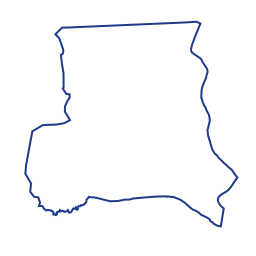 Fond D'Or, Dennery, Saint Lucia, rotated 86°
{"feature_id": "8701671B83706236309505", "entity_name": "Fond D'Or", "entity_type": "district", "adm_level": 2, "iso_a3": "LCA", "parent_name": "Saint Lucia", "parent_adm1": "Dennery", "projection": "mercator", "projection_center": [-60.893, 13.924], "detail": "fine", "context": "isolated", "style": "outline", "palette": "blue", "viewbox_px": 256, "rotation_deg": 86, "n_neighbors": 0, "source": "geoboundaries", "source_scale": "gbopen_adm2", "svg_char_len": 3647}
<svg xmlns="http://www.w3.org/2000/svg" viewBox="0 0 256 256"><g transform="rotate(86 128 128)"><path d="M26.8,52.2L26.7,63.9L23.6,179.9L23.3,186.7L29.4,193.9L33.8,190.3L40.4,188.5L45.6,187.1L49.1,187.6L50.4,189.8L59.6,189.4L68.8,188.5L82.8,189.4L84.1,190.3L89.8,187.1L90.3,184.0L93.3,184.0L97.7,187.1L102.1,189.4L107.3,189.8L116.1,185.3L118.7,191.2L119.6,199.3L119.2,209.2L119.2,212.8L124.4,223.2L124.8,223.7L157.7,232.2L166.4,233.6L176.5,228.6L184.8,230.0L190.1,226.4L191.0,222.3L196.2,221.0L199.7,222.2L199.7,220.4L199.7,219.4L200.7,218.2L201.6,217.9L202.5,217.6L203.1,217.2L203.3,216.5L203.7,216.2L204.3,215.9L204.5,215.4L204.2,214.3L204.5,213.4L204.3,212.6L204.7,211.6L205.0,211.2L204.9,210.7L204.9,210.1L205.7,209.7L205.9,209.0L206.3,208.9L207.3,208.2L208.1,208.2L209.0,208.6L209.2,208.3L209.0,207.2L209.7,206.4L209.9,205.8L209.0,204.9L208.3,204.9L207.8,205.2L207.1,204.9L206.9,204.4L206.7,203.0L206.3,202.4L205.9,202.3L205.3,201.8L206.0,201.6L206.6,201.4L206.6,200.7L206.0,200.3L206.0,199.0L206.6,197.7L207.1,197.5L207.2,196.7L206.4,194.1L205.7,193.6L206.3,193.3L207.7,193.2L208.2,192.7L208.2,191.2L207.8,190.4L206.8,189.8L205.4,189.0L204.5,188.2L205.1,187.6L204.9,186.9L204.2,186.0L203.5,185.7L203.6,185.1L204.1,184.7L204.6,185.3L204.8,185.1L205.6,185.1L206.0,184.7L205.6,184.3L205.4,183.7L204.9,183.5L204.6,183.7L204.3,184.4L203.0,183.3L202.4,182.2L202.8,181.4L202.5,180.8L201.8,180.4L201.8,178.8L201.6,178.0L201.5,177.7L201.5,177.4L200.6,176.9L200.2,175.9L198.8,174.8L196.5,174.3L195.3,172.9L193.9,171.7L194.4,170.5L194.7,168.3L194.9,166.4L196.0,162.6L198.1,156.4L199.9,150.6L200.1,143.0L199.5,138.1L199.2,136.1L199.5,131.4L198.7,127.9L198.4,111.8L198.4,104.0L198.8,95.1L199.3,94.2L199.0,93.4L200.3,86.7L203.1,80.9L206.8,76.2L211.1,72.2L214.1,68.8L215.0,66.6L217.3,63.3L219.7,61.1L222.9,55.3L224.8,53.0L226.6,52.4L228.1,50.1L229.4,49.3L231.5,46.1L232.4,43.5L232.6,43.0L232.7,42.3L215.0,38.1L214.6,38.4L214.0,39.1L213.4,39.7L212.3,40.8L211.8,41.2L211.2,41.5L210.9,41.6L210.4,42.0L209.6,42.4L209.0,42.7L208.0,43.1L207.1,43.3L206.1,43.4L205.0,43.2L203.7,42.6L203.1,42.2L202.3,41.4L201.4,40.4L200.8,39.3L200.4,38.7L199.9,37.7L199.2,36.3L198.9,35.6L198.0,33.9L197.4,33.0L196.6,32.0L195.8,31.2L194.8,30.3L194.0,29.4L193.2,28.8L191.8,27.7L190.4,26.6L189.4,25.9L187.8,24.6L185.0,22.4L182.3,24.1L180.8,25.2L179.3,26.0L177.1,27.3L176.1,28.3L173.7,30.8L172.0,32.3L170.8,33.5L169.5,34.8L167.9,36.2L166.1,37.8L165.4,38.5L163.6,40.0L161.8,41.0L160.8,41.8L160.2,42.6L159.2,43.4L157.6,44.3L156.4,44.9L155.4,45.3L154.3,45.7L153.3,45.9L151.5,46.3L149.6,46.7L148.1,47.0L146.6,47.3L144.4,47.9L142.4,48.3L141.2,48.6L139.6,48.7L137.2,48.8L136.2,48.9L135.7,48.9L134.6,48.5L133.5,48.1L132.7,47.9L131.4,47.4L129.8,47.0L128.8,46.6L127.4,46.1L126.6,46.0L125.1,45.9L124.1,45.9L123.5,45.9L122.5,46.1L121.3,46.3L119.9,46.6L118.8,47.1L118.0,47.5L116.5,48.2L114.9,48.7L113.6,49.1L112.5,49.5L111.5,50.1L110.2,50.8L108.8,51.2L107.8,51.6L106.1,51.9L104.6,52.2L102.9,52.8L102.3,52.6L100.6,52.6L99.6,52.4L98.6,52.3L96.8,52.1L94.8,51.8L93.4,51.4L92.4,51.0L90.7,50.4L89.1,49.6L87.3,48.7L86.2,48.1L84.9,47.4L83.5,46.7L82.0,46.3L81.1,46.0L79.8,45.6L78.1,44.8L77.0,44.7L76.2,44.7L75.2,44.9L73.6,45.4L72.8,45.9L71.5,46.7L69.5,47.8L67.4,49.0L65.8,49.6L64.8,50.0L63.7,50.9L62.9,51.9L62.1,52.8L61.3,53.9L60.0,55.4L59.1,56.6L57.9,58.1L57.3,58.8L56.3,59.3L55.4,59.6L54.6,59.7L53.1,59.4L51.1,58.8L49.6,58.4L48.6,57.9L47.4,57.4L46.4,56.9L45.1,56.3L43.8,55.8L42.6,55.2L42.0,54.9L40.9,54.4L39.8,53.9L38.8,53.4L37.8,52.9L37.0,52.6L35.8,51.9L34.6,51.3L33.2,50.6L31.7,49.9L30.7,49.4L29.7,48.8L28.9,48.5L28.6,49.0L26.9,52.0L26.8,52.2Z" fill="none" stroke="#1e3a8a" stroke-width="2"/></g></svg>